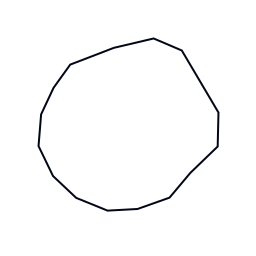 Dingila, Orientale, Democratic Republic of the Congo (Albers equal-area conic projection), rotated 159°
{"feature_id": "63176286B70830242214620", "entity_name": "Dingila", "entity_type": "district", "adm_level": 2, "iso_a3": "COD", "parent_name": "Democratic Republic of the Congo", "parent_adm1": "Orientale", "projection": "albers", "projection_center": [26.075, 3.651], "detail": "fine", "context": "isolated", "style": "outline", "palette": "ink", "viewbox_px": 256, "rotation_deg": 159, "n_neighbors": 0, "source": "geoboundaries", "source_scale": "gbopen_adm2", "svg_char_len": 346}
<svg xmlns="http://www.w3.org/2000/svg" viewBox="0 0 256 256"><g transform="rotate(159 128 128)"><path d="M72.0,202.4L112.4,207.9L159.2,207.9L183.1,192.2L204.2,171.9L218.0,143.2L215.2,110.0L201.4,81.3L176.7,58.2L148.2,49.0L114.2,48.1L85.8,63.8L50.9,78.6L38.0,110.0L50.0,181.1L72.0,202.4Z" fill="none" stroke="#020617" stroke-width="2"/></g></svg>